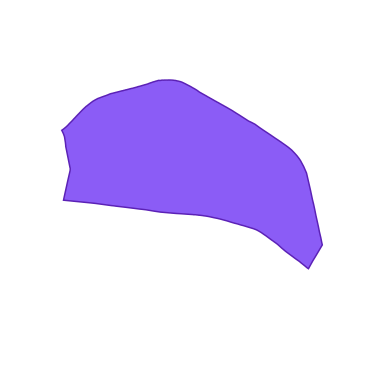 Ain Shams, Al Qahirah, Egypt, rotated 50°
{"feature_id": "37247803B66210800118153", "entity_name": "Ain Shams", "entity_type": "district", "adm_level": 2, "iso_a3": "EGY", "parent_name": "Egypt", "parent_adm1": "Al Qahirah", "projection": "robinson", "projection_center": [31.326, 30.123], "detail": "fine", "context": "isolated", "style": "filled", "palette": "violet", "viewbox_px": 384, "rotation_deg": 50, "n_neighbors": 0, "source": "geoboundaries", "source_scale": "gbopen_adm2", "svg_char_len": 5649}
<svg xmlns="http://www.w3.org/2000/svg" viewBox="0 0 384 384"><g transform="rotate(50 192 192)"><path d="M325.6,152.1L322.3,143.5L320.8,139.0L319.2,134.4L316.3,126.2L313.8,124.9L309.6,122.6L304.6,120.1L299.7,117.4L294.9,114.9L289.5,112.1L284.6,109.4L279.3,106.6L275.6,104.8L266.6,100.0L251.1,92.1L244.3,90.1L237.6,88.7L235.8,88.5L231.9,88.3L228.5,88.4L223.9,88.7L220.0,89.4L216.3,90.3L212.2,91.4L207.8,92.6L204.5,93.6L201.2,94.5L195.6,96.1L190.9,97.5L185.5,99.0L180.6,100.2L176.7,101.8L173.9,103.1L170.6,104.1L163.2,106.4L162.3,106.7L159.3,107.7L158.8,107.8L158.3,108.0L157.4,108.3L157.1,108.4L156.7,108.5L156.3,108.6L155.9,108.7L155.2,109.0L154.6,109.2L153.9,109.4L153.2,109.7L152.4,110.0L151.5,110.3L150.7,110.6L149.9,110.9L149.6,111.0L149.3,111.1L149.0,111.2L148.6,111.4L148.0,111.6L147.5,111.8L147.4,111.9L146.7,112.1L146.1,112.3L145.3,112.6L145.0,112.8L144.6,112.9L143.8,113.2L143.7,113.2L143.1,113.5L142.5,113.7L141.8,114.0L141.6,114.0L141.2,114.2L140.5,114.4L140.1,114.6L139.8,114.7L139.7,114.8L139.2,115.0L138.8,115.1L138.2,115.4L137.9,115.4L137.4,115.7L136.7,115.9L136.5,116.0L136.0,116.2L135.4,116.4L134.8,116.6L134.7,116.7L134.1,116.9L133.5,117.1L132.9,117.3L132.5,117.5L132.3,117.6L132.1,117.7L131.7,117.8L131.4,117.9L131.0,118.0L130.4,118.3L130.0,118.4L129.7,118.6L129.0,118.8L128.5,119.0L128.3,119.1L127.8,119.2L127.3,119.4L126.8,119.6L126.3,119.8L125.7,120.0L125.2,120.2L125.1,120.3L124.6,120.4L124.3,120.6L124.0,120.7L123.6,120.8L123.1,121.0L122.9,121.1L122.7,121.2L122.2,121.3L121.8,121.5L121.6,121.6L121.4,121.6L121.1,121.8L120.8,121.9L120.2,122.1L119.8,122.2L119.3,122.3L118.7,122.4L118.5,122.5L118.2,122.6L117.6,122.7L117.0,122.9L116.7,123.0L116.1,123.2L115.7,123.3L115.2,123.5L114.6,123.7L114.0,123.9L113.7,124.1L113.0,124.3L111.7,124.8L110.5,125.2L110.2,125.3L109.8,125.5L109.1,125.8L108.5,126.0L108.2,126.2L107.9,126.3L107.1,126.6L106.3,127.0L105.9,127.1L105.5,127.3L104.7,127.6L104.1,127.9L103.4,128.2L102.7,128.5L101.9,128.9L101.6,129.0L101.2,129.2L100.9,129.4L100.4,129.7L100.0,129.9L99.7,130.2L99.1,130.6L98.7,130.8L98.4,131.1L97.9,131.5L97.4,131.9L96.9,132.3L96.3,132.7L95.8,133.1L95.5,133.4L95.2,133.7L94.9,134.0L94.5,134.3L94.2,134.7L93.8,135.0L93.4,135.4L93.1,135.7L92.8,136.1L92.4,136.5L92.1,136.9L91.8,137.2L91.3,137.8L91.1,138.0L90.9,138.3L90.5,138.9L90.0,139.4L89.6,139.9L89.2,140.4L89.0,140.7L88.8,140.9L88.4,141.4L88.1,141.8L87.8,142.2L87.4,142.6L87.1,143.0L86.9,143.3L86.7,143.6L86.6,143.9L86.4,144.2L86.2,144.5L86.0,144.8L85.7,145.2L85.4,145.4L85.2,145.5L85.0,146.0L84.7,146.5L84.5,147.1L84.2,147.7L83.8,148.5L83.5,149.4L83.2,149.9L83.0,150.5L82.7,151.0L82.5,151.6L82.4,151.9L82.3,152.2L81.9,153.2L81.8,153.4L81.6,154.0L81.3,154.8L81.0,155.7L80.9,156.1L80.7,156.6L80.4,157.3L80.3,157.6L80.1,158.0L79.4,159.5L78.7,161.1L78.0,162.7L77.3,164.3L76.7,165.4L76.5,165.9L76.3,166.5L75.8,167.6L75.3,168.7L75.1,169.1L74.9,169.6L74.7,170.0L74.5,170.5L74.1,171.3L73.8,171.7L73.6,172.1L73.2,173.0L73.0,173.4L72.8,173.8L72.5,174.5L72.3,174.9L72.1,175.3L71.8,176.0L71.6,176.4L71.4,176.7L71.1,177.3L71.0,177.5L70.9,177.9L70.7,178.2L70.3,179.0L70.1,179.4L70.0,179.8L69.5,180.6L69.3,181.0L69.1,181.4L68.7,182.3L68.3,183.1L68.1,183.6L67.8,184.1L67.6,184.6L67.4,185.1L66.9,186.0L66.6,186.6L66.4,187.1L65.9,188.1L65.4,189.2L65.1,189.8L64.8,190.3L64.5,190.9L64.3,191.5L64.1,191.9L63.9,192.6L63.8,192.9L63.8,193.0L63.5,193.9L63.3,194.7L63.0,195.3L62.8,196.1L62.5,196.7L62.4,197.0L62.3,197.4L62.0,198.0L61.8,198.7L61.6,199.1L61.4,199.6L61.3,200.0L61.1,200.5L60.9,201.1L60.7,201.7L60.5,202.3L60.3,202.8L60.1,203.3L59.9,203.8L59.8,204.3L59.7,204.8L59.6,205.2L59.5,205.5L59.5,205.9L59.4,206.2L59.3,206.5L59.2,207.0L59.1,207.8L59.0,208.2L59.0,208.6L58.8,209.4L58.8,209.7L58.7,210.0L58.7,210.5L58.7,211.3L58.6,212.0L58.6,212.6L58.6,213.3L58.6,213.9L58.5,214.6L58.5,215.4L58.5,216.1L58.5,216.9L58.4,217.7L58.4,218.2L58.4,218.8L58.5,219.5L58.5,220.4L58.5,220.8L58.6,221.3L58.6,222.3L58.7,222.8L58.7,223.2L58.8,224.2L58.9,225.2L59.0,226.1L59.1,226.9L59.1,227.3L59.2,227.7L59.3,228.6L59.3,229.1L59.4,229.7L59.4,229.8L59.5,230.8L59.6,231.3L59.6,231.9L59.8,233.0L59.9,234.0L60.0,235.0L60.1,236.0L60.2,236.5L60.3,237.0L60.3,237.5L60.4,238.1L60.5,238.7L60.5,239.3L60.6,239.9L60.6,240.5L60.7,240.9L60.7,241.0L60.7,241.6L60.8,242.1L60.8,242.6L60.9,243.0L61.0,243.5L61.0,243.9L61.1,244.6L61.1,245.2L61.2,245.9L61.2,246.5L61.2,247.2L61.2,247.8L61.2,248.4L61.2,248.9L61.2,249.5L61.2,250.3L61.1,250.7L61.1,251.1L61.1,251.4L61.0,252.1L61.5,252.2L64.6,253.0L67.6,254.1L72.6,257.1L75.3,258.9L75.6,259.2L75.9,259.4L94.2,269.4L94.3,269.5L94.5,269.6L94.9,269.7L95.2,269.9L95.5,270.1L95.9,270.3L96.1,270.5L96.4,270.8L96.7,271.1L97.0,271.3L97.2,271.6L97.5,271.9L97.7,272.2L103.5,279.9L113.2,292.5L115.7,295.7L116.1,295.3L116.4,295.0L124.6,287.0L133.4,278.4L136.6,275.3L138.8,273.2L150.9,262.2L152.3,260.8L153.9,259.4L161.0,252.7L166.6,247.5L171.4,243.1L171.9,242.6L172.4,242.1L175.9,238.8L179.3,235.9L182.8,232.9L187.1,229.1L192.2,224.0L198.3,217.9L201.4,214.6L209.8,205.9L210.5,205.3L210.8,204.9L211.1,204.6L211.4,204.2L211.7,203.9L212.8,202.9L213.3,202.4L213.8,202.0L214.7,201.1L215.1,200.7L215.5,200.3L216.4,199.5L216.8,199.1L217.3,198.7L219.6,196.6L222.0,194.6L223.7,193.3L225.8,191.7L228.4,189.6L231.1,187.6L234.0,185.6L236.7,183.7L240.2,181.5L243.2,179.5L245.8,177.6L248.8,175.7L250.7,174.3L254.4,171.9L259.6,168.5L262.3,167.0L264.5,166.1L267.0,165.2L267.7,165.0L268.4,164.8L270.7,164.2L273.1,163.5L279.5,162.0L284.9,160.6L287.0,160.1L289.8,159.7L292.9,159.3L297.4,158.5L299.6,158.0L301.2,157.6L310.1,155.5L314.1,154.4L317.0,153.9L320.9,153.1L323.8,152.6L324.2,152.5L324.6,152.4L325.6,152.1Z" fill="#8b5cf6" stroke="#5b21b6" stroke-width="1.5"/></g></svg>